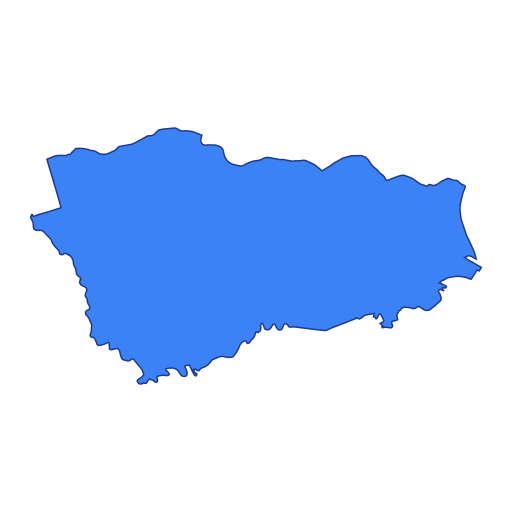 Nobsa, Boyacá, Colombia (Mercator projection)
{"feature_id": "7082276B57023336405526", "entity_name": "Nobsa", "entity_type": "district", "adm_level": 2, "iso_a3": "COL", "parent_name": "Colombia", "parent_adm1": "Boyacá", "projection": "mercator", "projection_center": [-72.932, 5.776], "detail": "fine", "context": "isolated", "style": "filled", "palette": "blue", "viewbox_px": 512, "rotation_deg": 0, "n_neighbors": 0, "source": "geoboundaries", "source_scale": "gbopen_adm2", "svg_char_len": 6017}
<svg xmlns="http://www.w3.org/2000/svg" viewBox="0 0 512 512"><path d="M388.0,180.3L386.2,180.0L385.4,179.0L384.7,177.3L384.1,176.6L382.8,175.2L379.8,172.9L377.4,170.1L373.4,166.7L371.5,164.7L368.5,160.2L365.9,157.4L361.3,155.6L351.2,155.8L343.2,158.0L334.1,163.0L332.2,164.5L328.2,167.2L322.2,170.7L321.2,170.3L319.8,168.9L314.4,164.6L306.5,160.9L304.1,160.2L299.9,160.8L295.7,160.8L292.2,161.2L282.9,159.5L280.0,159.6L273.9,158.5L270.4,157.7L266.8,157.4L263.3,158.4L261.4,159.6L258.5,160.4L253.8,161.0L248.8,162.6L242.8,165.7L240.8,166.1L234.5,164.8L232.5,164.2L230.4,163.2L228.1,161.6L226.8,160.1L225.1,157.5L223.9,154.1L223.4,151.4L222.6,149.0L221.5,147.7L219.9,146.5L215.6,145.1L207.8,144.9L205.6,145.3L202.9,144.6L201.2,142.6L200.6,140.8L201.0,138.3L201.9,135.2L192.7,131.6L191.2,131.3L190.3,131.4L187.4,130.8L181.7,131.0L179.2,130.1L178.5,129.5L176.0,128.3L174.7,128.0L162.4,129.2L158.5,130.1L154.3,134.4L152.8,135.2L151.8,135.6L147.3,136.0L140.8,139.8L137.7,141.2L135.3,142.8L134.0,143.3L131.2,144.4L121.2,146.1L118.5,146.8L115.8,149.7L114.8,150.5L107.1,154.0L103.5,154.3L99.9,154.0L96.4,151.9L93.7,150.7L92.6,150.5L90.3,150.4L87.7,149.3L86.9,149.3L85.1,148.9L82.5,148.5L78.1,148.3L77.0,148.7L76.3,148.5L75.8,148.5L75.4,148.8L74.7,150.1L73.6,150.5L73.4,150.9L73.4,151.5L71.9,152.2L70.9,153.9L70.0,154.4L68.9,154.3L65.9,155.5L60.1,155.4L56.1,155.7L53.4,156.5L46.9,159.3L56.2,190.5L60.8,206.7L60.8,207.8L48.2,211.8L39.1,214.4L33.5,216.4L33.0,216.0L32.4,214.6L31.8,214.5L30.8,216.7L30.7,217.4L31.1,218.6L33.1,222.5L33.5,227.7L33.8,228.9L35.6,230.1L37.0,230.4L40.2,230.3L42.0,230.6L43.3,231.3L50.7,239.1L51.4,240.1L52.3,242.7L54.5,246.0L58.9,250.8L59.5,253.4L60.0,254.3L61.6,254.7L62.6,254.6L64.2,253.6L65.6,253.5L68.7,254.5L68.5,255.0L70.9,256.3L71.5,257.1L72.8,259.9L73.2,260.3L73.5,264.3L75.7,268.9L76.5,273.9L77.0,274.8L78.2,276.1L80.0,277.2L80.6,277.9L80.2,279.7L80.8,279.7L79.6,281.9L79.7,282.9L80.8,284.7L81.7,285.4L84.7,286.8L86.2,287.9L86.9,289.3L86.8,290.1L85.5,293.8L85.2,295.3L85.6,296.7L87.2,299.1L87.4,300.2L87.4,301.9L87.9,303.4L89.0,305.2L89.7,307.3L89.7,308.4L89.4,309.0L88.8,309.5L86.3,310.9L85.7,311.9L85.5,313.0L86.0,314.8L87.8,316.6L89.5,319.5L89.9,320.8L91.5,324.1L91.7,325.0L91.3,331.6L90.2,334.7L90.2,335.7L90.5,336.3L91.3,337.2L92.6,337.2L93.3,337.4L94.8,338.7L96.6,342.9L96.8,343.9L97.8,345.2L98.4,345.4L99.4,345.4L104.3,344.2L108.2,342.4L108.9,342.8L109.0,343.2L109.6,347.6L109.4,348.7L109.5,349.1L111.4,349.8L116.6,348.5L117.3,348.5L117.9,348.8L118.5,349.3L119.6,350.7L120.2,353.9L120.6,354.7L121.0,356.6L121.8,358.6L122.6,359.4L123.7,359.9L128.0,360.9L129.4,360.7L130.3,360.2L131.4,359.0L131.9,358.8L132.5,358.9L133.7,359.5L142.0,369.5L143.7,374.1L143.3,375.2L142.1,376.7L139.7,378.5L138.1,379.4L137.2,380.8L137.3,381.5L137.9,382.5L138.9,383.7L141.2,384.0L141.9,383.9L142.8,383.2L143.4,383.1L145.4,383.4L146.5,383.1L147.7,380.7L148.6,380.0L149.3,379.1L153.0,380.4L155.0,381.9L155.7,382.2L156.7,382.1L157.2,381.7L157.6,380.3L157.0,377.2L157.2,376.6L157.5,376.2L162.4,375.2L167.3,375.6L168.3,375.4L169.3,374.5L169.1,373.6L167.6,371.5L166.1,370.5L165.7,369.5L165.9,368.9L166.2,368.7L167.9,368.3L169.1,368.1L172.7,368.0L176.1,369.1L176.9,369.6L178.0,370.8L181.4,375.5L182.7,376.2L184.0,376.5L185.6,376.2L186.6,375.5L187.1,373.6L187.1,372.5L186.2,369.5L184.9,366.6L185.1,365.8L186.3,365.5L189.3,365.2L194.2,374.8L194.8,375.5L196.0,375.9L196.6,375.2L196.8,373.7L192.4,370.5L193.3,369.6L194.1,370.3L195.0,369.0L197.6,370.6L199.0,370.7L200.8,368.4L205.7,366.4L208.3,364.5L212.3,359.8L215.4,358.5L218.4,357.0L222.6,356.3L226.9,357.3L230.3,357.4L232.4,357.0L233.1,356.7L236.5,352.3L238.5,348.5L240.0,344.9L241.4,343.0L243.5,341.3L244.9,340.8L246.0,341.1L247.2,343.4L247.7,343.4L249.1,343.0L249.6,342.5L251.2,340.0L252.5,339.0L254.3,336.8L255.8,332.3L256.4,332.1L258.2,332.5L260.1,330.9L260.5,330.1L260.8,328.7L260.7,326.0L260.8,324.4L261.0,323.9L261.4,323.5L262.4,323.5L263.1,324.3L264.6,328.6L265.1,329.1L265.9,329.5L266.9,329.7L268.6,329.7L270.3,328.7L272.7,324.9L273.3,324.3L274.0,324.0L274.5,324.2L275.1,324.7L277.0,328.4L277.8,329.2L278.7,329.8L279.8,330.0L281.0,329.8L282.1,328.9L283.8,324.7L285.1,323.7L286.0,323.7L287.4,324.6L288.8,326.7L289.7,327.1L293.5,326.9L296.2,327.1L314.1,329.4L324.6,330.5L326.3,330.4L331.9,327.8L344.7,322.9L356.1,318.4L356.0,318.0L356.5,317.8L359.3,319.0L360.7,318.4L362.7,317.0L364.3,315.5L368.5,314.5L374.2,313.5L373.5,316.8L375.4,317.4L375.9,318.7L376.4,318.8L377.5,317.6L378.5,315.1L379.3,314.0L379.7,313.8L380.3,314.1L381.1,314.9L383.8,320.4L383.7,321.1L383.0,322.0L380.2,323.4L382.9,326.3L381.9,326.8L382.3,327.7L385.9,327.2L390.8,327.9L391.9,327.4L392.6,326.4L392.5,325.4L391.7,323.1L391.8,321.8L392.7,321.1L394.8,320.9L397.6,319.8L397.7,319.4L396.8,315.7L397.3,314.0L399.1,310.8L400.8,309.8L400.8,309.5L401.5,308.4L402.6,307.7L404.1,307.3L405.6,307.2L409.9,307.7L413.4,308.7L415.7,308.1L417.5,306.6L418.5,306.5L419.9,306.9L423.2,309.3L424.9,310.1L426.3,310.4L428.2,310.3L429.3,310.0L431.1,308.9L432.6,307.5L435.2,305.5L440.0,301.1L440.8,300.2L441.0,299.3L441.1,297.9L440.3,294.9L439.5,293.2L438.3,291.3L438.9,290.1L439.7,289.5L440.9,289.5L444.1,291.0L443.2,290.1L442.3,288.8L442.5,287.7L442.9,287.6L444.5,288.0L445.6,287.9L446.2,287.4L446.4,286.4L446.1,286.0L440.6,283.3L439.3,282.9L440.2,282.4L440.0,282.1L442.1,280.5L443.6,280.1L447.1,278.1L448.2,277.7L450.8,277.1L456.8,276.3L461.1,276.5L466.7,277.6L469.3,278.8L471.2,279.2L477.1,270.0L479.2,271.0L481.3,267.4L467.7,259.6L465.6,257.8L465.4,257.9L464.6,257.5L467.8,255.9L469.5,255.8L471.6,256.6L476.2,259.1L475.6,256.6L474.3,252.1L469.3,240.9L466.5,235.3L461.1,219.2L460.2,212.7L459.9,207.8L460.7,202.3L461.3,199.6L463.2,192.2L465.0,187.9L465.2,186.8L465.1,186.0L464.0,185.2L462.4,184.7L461.2,184.0L457.5,180.9L456.9,180.5L452.9,180.1L449.0,178.5L447.6,178.5L442.4,180.8L436.5,184.7L434.4,185.4L433.0,185.4L429.5,184.5L428.8,184.6L427.1,186.3L420.1,183.9L412.7,178.7L411.0,177.8L403.7,175.2L401.2,175.4L397.9,176.4L391.3,178.8L388.0,180.3Z" fill="#3b82f6" stroke="#1e3a8a" stroke-width="1.5"/></svg>